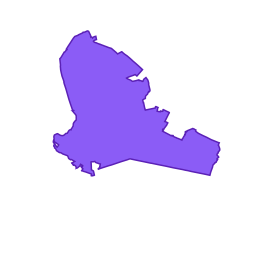 outline of Baneasa, Constanta, Romania, rotated 302°
{"feature_id": "2599482B79766722586515", "entity_name": "Baneasa", "entity_type": "district", "adm_level": 2, "iso_a3": "ROU", "parent_name": "Romania", "parent_adm1": "Constanta", "projection": "mercator", "projection_center": [27.719, 44.045], "detail": "fine", "context": "isolated", "style": "filled", "palette": "violet", "viewbox_px": 256, "rotation_deg": 302, "n_neighbors": 0, "source": "geoboundaries", "source_scale": "gbopen_adm2", "svg_char_len": 5660}
<svg xmlns="http://www.w3.org/2000/svg" viewBox="0 0 256 256"><g transform="rotate(302 128 128)"><path d="M83.1,69.3L82.8,69.3L81.7,69.6L81.1,69.9L80.0,70.8L79.4,71.2L78.1,71.9L77.7,72.5L77.4,72.7L77.3,73.8L77.1,74.0L77.0,74.3L77.3,74.8L77.1,77.4L76.9,78.2L74.3,78.1L74.2,77.7L74.2,77.4L74.3,77.2L74.8,76.3L76.4,72.5L76.5,72.3L77.3,72.1L77.5,72.0L77.9,71.5L77.5,71.6L77.6,71.8L77.3,72.0L76.5,72.2L76.3,72.3L75.4,74.6L74.2,74.2L73.8,74.4L73.3,74.7L72.9,75.8L72.2,76.3L72.1,77.4L71.9,77.9L71.3,78.9L70.9,79.3L70.8,82.7L71.5,84.5L71.4,86.3L72.4,91.2L72.4,91.6L72.3,91.8L70.9,93.6L70.7,93.8L70.6,96.1L71.1,96.4L71.2,96.6L71.3,96.9L71.4,100.5L68.8,99.1L68.5,98.8L68.4,98.9L68.3,99.6L67.9,100.5L68.2,100.9L68.2,101.0L67.5,101.5L68.1,102.3L67.9,104.0L67.0,105.0L67.0,105.4L66.9,105.6L66.6,105.6L67.4,106.3L68.4,106.6L70.1,107.2L71.1,107.3L71.3,107.3L71.3,107.1L71.8,107.0L72.1,107.0L72.1,109.5L71.9,109.7L71.2,109.7L70.9,108.9L70.3,108.8L69.4,111.4L68.8,111.3L68.3,111.4L67.3,111.3L67.2,111.7L67.4,111.8L67.6,112.6L67.7,113.4L68.2,115.0L69.6,121.4L68.1,122.1L68.3,122.8L69.9,124.4L70.2,124.5L73.2,121.5L73.2,119.1L76.5,116.9L78.6,115.4L79.0,115.0L79.8,114.7L81.0,116.5L82.1,117.6L81.7,118.6L81.7,119.0L81.7,119.4L81.8,119.8L82.0,120.4L82.4,122.5L82.6,123.3L82.8,123.6L81.2,124.3L81.0,124.2L80.5,124.4L80.5,124.6L80.4,124.7L79.7,124.8L79.1,124.8L78.0,124.4L77.7,124.4L77.8,124.7L77.6,124.9L79.1,126.0L86.0,131.8L87.6,133.3L95.9,140.1L100.3,143.9L102.9,146.0L105.6,153.4L108.1,160.1L110.1,165.6L110.6,166.7L113.3,174.0L115.8,180.6L118.3,187.6L121.8,196.6L122.4,198.4L122.8,199.5L123.3,200.7L123.8,202.0L124.6,204.5L129.4,217.2L131.3,222.5L134.5,221.5L139.7,220.4L140.6,220.0L141.8,219.7L143.8,220.2L144.1,220.3L144.6,220.1L145.8,220.9L146.1,220.7L148.7,220.7L148.7,220.3L148.8,219.9L149.1,219.8L149.7,219.8L150.8,220.3L151.3,220.4L151.5,220.2L151.8,219.6L151.9,218.9L152.3,217.7L152.5,217.6L153.2,217.4L154.8,217.7L155.1,217.3L155.4,217.2L156.6,217.5L158.0,217.5L159.3,216.5L159.6,216.1L160.2,215.4L160.5,214.9L161.2,214.1L161.2,213.7L161.3,213.6L161.8,213.6L162.5,213.4L163.3,213.3L163.8,213.2L163.7,212.9L163.6,212.6L162.2,204.7L161.8,199.6L161.3,195.8L160.8,190.6L161.0,187.7L161.1,187.1L162.3,186.6L162.2,186.2L162.1,185.0L162.2,184.4L161.8,183.5L161.9,183.2L157.1,179.7L156.4,179.4L156.2,179.8L155.8,179.7L155.5,178.7L155.2,178.6L154.8,178.7L154.6,179.0L154.4,179.5L154.2,179.6L153.0,179.5L152.9,179.9L152.5,179.9L152.5,179.6L152.3,179.6L151.9,180.0L150.6,179.8L147.7,180.0L147.6,179.8L147.4,179.8L146.3,180.1L146.1,178.6L145.6,175.7L145.4,175.2L145.3,173.6L145.1,172.9L145.0,172.2L144.9,170.4L145.3,170.4L145.5,170.3L145.5,170.2L145.0,169.6L145.0,169.4L145.0,169.1L144.3,168.8L144.2,166.7L143.6,159.1L144.8,159.1L144.4,158.6L145.2,158.1L145.4,158.1L145.6,158.3L146.1,158.8L147.5,159.0L151.1,159.3L151.9,159.1L153.2,159.1L153.5,159.0L153.4,157.9L153.3,157.1L153.2,156.3L153.0,155.8L153.3,155.8L161.3,155.0L162.5,155.0L163.0,154.8L162.9,153.3L162.8,152.7L162.6,151.0L162.3,148.1L162.2,148.0L160.8,148.6L160.5,148.5L160.4,148.3L160.1,148.0L159.9,147.6L160.0,147.4L159.7,146.9L159.6,146.5L159.3,146.5L158.9,146.7L158.3,145.6L158.0,144.8L157.7,143.8L160.0,142.9L161.0,142.6L161.3,142.6L161.0,140.4L160.8,140.1L160.4,140.1L159.4,140.5L156.2,137.2L152.4,133.2L153.3,132.2L153.2,132.1L157.7,127.8L157.5,127.6L159.5,125.6L161.2,126.3L161.9,126.9L162.4,127.0L163.5,126.3L163.8,126.2L164.8,126.0L167.0,126.6L167.7,126.5L168.3,126.3L169.0,126.4L169.6,126.2L169.9,126.2L170.1,126.9L170.3,126.9L171.1,126.9L171.4,126.8L172.3,126.1L175.8,122.5L176.7,122.0L177.5,121.3L179.1,119.5L179.2,119.3L180.3,116.5L177.9,115.6L176.0,115.7L175.5,115.9L175.0,115.3L175.1,114.7L175.0,114.3L174.7,113.1L174.3,112.6L174.1,112.3L174.6,111.8L174.5,111.6L172.5,109.8L171.7,109.0L170.8,108.0L170.1,107.4L170.0,107.1L169.9,106.0L170.0,105.0L169.9,104.2L169.6,102.7L169.5,101.8L169.4,100.6L169.5,100.3L170.6,100.9L171.3,101.3L175.1,104.3L175.4,104.5L175.8,105.0L176.3,105.1L177.1,105.8L176.8,108.0L185.2,109.4L186.1,104.8L186.8,100.7L187.5,96.0L187.7,95.3L188.2,92.4L188.7,88.9L188.8,86.0L189.2,83.2L189.4,82.4L189.3,82.2L185.3,79.9L185.8,77.9L185.8,77.7L186.7,71.9L186.6,71.2L186.1,69.6L185.9,68.5L185.8,68.2L185.6,67.7L185.7,67.2L185.6,66.9L185.1,64.7L184.9,63.5L184.6,62.1L184.3,60.6L184.2,59.7L183.9,59.4L184.0,59.2L183.6,57.4L183.5,56.2L183.3,55.7L183.1,54.9L182.9,54.1L182.9,53.7L183.2,53.2L183.3,52.7L184.1,52.8L185.2,53.5L185.9,54.0L186.3,54.4L187.5,53.3L188.3,52.4L188.7,52.2L188.3,51.6L187.1,50.7L186.1,50.3L185.5,50.2L185.8,49.5L185.9,49.0L185.8,48.4L185.4,48.3L185.8,47.8L186.2,47.7L186.6,47.3L189.1,43.4L189.0,42.6L188.7,42.0L186.7,40.7L185.8,39.9L185.6,39.4L185.3,39.1L184.7,39.2L180.9,36.7L180.7,36.7L180.2,36.4L179.4,35.9L178.4,35.1L177.3,34.3L176.9,34.3L176.6,34.3L175.5,34.1L172.2,34.0L170.0,34.0L166.2,33.9L162.2,33.9L162.1,34.7L161.2,34.4L159.9,34.2L158.8,34.1L158.6,34.0L158.5,33.7L152.2,33.8L150.6,33.5L145.5,37.5L144.7,37.8L141.6,40.1L139.9,41.7L137.1,44.5L135.9,46.0L135.6,46.4L134.9,47.3L133.2,49.3L132.8,49.4L131.7,50.5L128.4,54.5L121.0,62.7L117.6,66.8L113.9,71.4L113.8,71.7L114.0,72.2L114.0,72.3L113.9,72.4L114.0,72.7L113.9,72.7L113.7,72.6L113.1,71.9L113.1,72.0L112.9,72.2L112.7,73.0L112.4,73.8L112.0,75.0L111.8,75.8L111.4,76.8L111.1,77.4L110.8,77.7L109.8,78.3L108.6,79.1L107.3,79.8L105.1,79.2L104.5,79.4L104.2,79.3L103.9,79.2L102.8,79.3L100.6,80.4L98.4,80.5L97.1,80.4L96.4,80.7L96.1,80.1L95.7,79.8L95.5,79.6L95.1,79.4L94.0,79.2L91.9,79.3L91.4,79.3L91.2,79.1L90.9,78.8L90.6,78.3L90.4,78.2L89.4,77.9L87.6,77.3L87.3,77.0L86.7,76.3L86.4,75.7L86.1,74.9L86.0,74.2L85.9,73.5L85.9,71.4L85.8,71.2L85.3,70.7L83.1,69.3Z" fill="#8b5cf6" stroke="#5b21b6" stroke-width="1.5"/></g></svg>